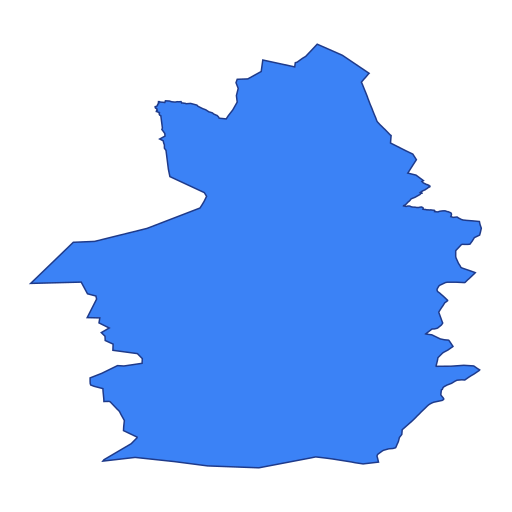 outline of Grane nor, Nordland, Norway
{"feature_id": "86288312B42207661783439", "entity_name": "Grane nor", "entity_type": "district", "adm_level": 2, "iso_a3": "NOR", "parent_name": "Norway", "parent_adm1": "Nordland", "projection": "natural_earth1", "projection_center": [13.588, 65.442], "detail": "fine", "context": "isolated", "style": "filled", "palette": "blue", "viewbox_px": 512, "rotation_deg": 0, "n_neighbors": 0, "source": "geoboundaries", "source_scale": "gbopen_adm2", "svg_char_len": 5982}
<svg xmlns="http://www.w3.org/2000/svg" viewBox="0 0 512 512"><path d="M102.9,461.1L135.1,457.4L174.5,461.6L207.6,465.9L258.9,467.8L311.3,457.8L315.7,456.9L326.0,458.1L332.7,459.0L351.6,462.0L355.0,462.7L363.1,463.9L378.5,462.1L377.4,457.5L377.0,456.2L377.2,455.2L378.0,454.1L380.6,452.2L382.7,450.7L383.8,450.2L388.8,448.8L392.9,448.5L395.4,447.8L395.7,447.6L396.3,446.3L397.2,444.1L397.9,442.7L398.5,441.1L399.4,437.5L401.8,434.4L402.2,429.7L412.2,420.9L415.8,417.4L416.9,416.2L419.3,413.9L421.2,411.9L425.4,407.9L427.3,406.0L428.7,404.8L429.6,404.2L431.4,403.2L433.0,402.5L433.8,402.2L442.2,400.4L443.3,399.7L443.8,399.0L443.2,397.9L441.4,395.7L440.8,394.7L441.2,391.3L441.5,389.7L442.3,389.4L443.1,387.5L444.6,386.3L445.2,386.1L446.9,385.1L451.6,383.3L454.8,381.3L456.6,380.4L457.1,380.2L461.8,379.8L464.8,380.0L468.5,377.4L471.1,375.7L473.9,374.1L479.2,370.5L479.5,370.2L479.7,369.9L477.4,368.5L474.0,366.1L473.3,365.9L463.8,365.3L451.1,366.2L436.2,366.3L436.1,366.0L436.3,365.0L437.5,360.2L437.9,357.8L438.1,357.5L442.6,353.0L444.0,352.1L448.0,350.0L451.5,347.5L452.6,346.8L453.0,346.4L451.9,344.8L450.1,342.1L448.9,340.4L448.3,340.1L444.6,339.8L440.2,338.9L431.8,334.8L426.2,334.1L425.7,333.9L429.3,331.1L430.5,330.2L431.7,329.2L432.4,329.0L434.6,328.9L437.0,328.3L437.7,328.0L441.4,325.0L442.6,323.3L442.7,322.9L442.4,322.4L441.7,320.4L441.3,319.3L438.8,312.4L438.8,312.0L441.1,308.3L443.0,305.6L444.8,302.7L445.5,302.3L447.6,300.7L447.6,300.3L443.2,296.1L440.6,293.9L440.0,293.3L437.7,291.6L437.3,290.9L437.0,290.0L437.1,289.3L437.4,288.5L438.8,286.1L439.7,285.3L445.6,282.5L447.4,282.2L456.2,282.2L464.5,282.6L465.1,282.4L467.8,279.7L468.9,278.8L475.3,272.7L474.7,272.4L462.3,268.1L460.9,267.4L460.2,266.0L458.4,263.2L456.3,258.5L456.0,257.8L455.7,256.4L455.7,250.7L456.5,249.8L461.4,244.6L462.4,244.3L464.8,244.4L467.7,244.4L469.7,244.2L470.1,244.0L470.3,243.8L470.7,243.1L472.2,241.1L474.3,237.7L474.8,237.4L479.6,235.1L480.4,232.3L481.3,228.2L480.0,224.4L479.4,221.5L472.0,220.8L466.7,220.4L463.0,220.0L460.7,219.2L459.8,218.6L458.8,218.2L457.1,217.0L453.1,217.4L452.2,217.1L451.4,216.7L450.8,216.6L451.0,216.1L451.4,215.0L451.5,214.4L451.4,213.8L451.2,213.3L450.8,212.8L448.2,211.7L447.2,211.6L445.4,210.9L444.4,210.8L442.3,210.9L440.2,211.2L439.2,211.4L438.4,211.8L437.4,211.9L435.3,211.7L434.6,211.6L434.9,211.0L434.5,210.5L434.1,210.2L433.0,210.2L431.0,209.9L430.2,209.9L429.9,210.0L427.6,209.8L427.0,209.9L426.4,209.7L426.0,209.7L425.2,209.4L424.4,209.5L423.0,209.2L423.3,208.7L423.1,208.4L423.1,207.9L422.8,207.6L421.9,207.2L421.7,207.0L420.3,207.1L418.6,207.5L416.6,207.5L415.4,207.2L412.8,207.1L411.0,206.7L410.1,206.2L409.2,206.0L408.5,206.0L407.8,206.1L407.3,206.1L406.7,206.4L405.7,206.4L404.8,206.1L403.9,206.0L403.5,205.9L403.6,205.6L404.2,205.4L405.4,204.8L406.7,203.5L408.0,202.1L408.9,201.4L409.9,200.5L410.8,199.2L411.4,198.8L411.7,198.6L415.0,197.3L419.8,194.6L420.2,194.3L420.3,193.8L420.5,193.6L422.0,193.2L421.9,192.9L421.0,192.7L420.4,192.4L421.2,192.0L421.3,191.8L421.4,191.6L421.8,191.3L422.3,191.2L422.8,190.8L424.6,190.0L425.0,189.9L425.6,189.4L427.4,188.3L427.9,187.8L428.4,187.5L428.8,187.4L429.1,187.1L429.4,187.0L429.5,186.7L429.9,186.6L429.8,186.4L429.5,186.2L429.6,185.9L428.9,185.8L428.9,185.7L429.0,185.5L428.7,185.1L427.8,185.0L427.4,184.6L426.6,184.6L426.1,184.2L425.5,184.1L425.3,183.8L425.0,183.7L423.3,182.9L421.9,181.5L423.4,180.6L416.0,175.1L407.8,173.1L412.9,165.1L416.4,159.7L412.8,154.1L405.7,150.7L390.5,143.0L391.1,135.5L390.1,134.8L384.8,129.3L383.9,128.5L381.6,126.2L379.9,124.6L379.2,123.8L377.5,122.0L376.9,121.1L375.7,117.8L374.2,114.3L373.0,111.3L372.6,110.4L372.5,109.9L371.6,107.7L370.1,104.2L368.3,99.4L367.8,98.2L367.5,97.1L365.8,92.8L364.0,88.4L362.2,83.9L361.4,82.2L361.6,81.9L364.4,78.6L365.3,77.7L368.2,74.2L369.1,73.3L342.4,55.3L317.2,44.2L305.7,56.4L302.5,58.3L297.1,62.2L295.3,62.7L294.7,66.9L262.8,60.0L261.2,71.5L247.8,78.9L237.2,79.3L236.0,82.7L238.2,88.4L236.4,95.6L237.2,102.1L232.8,109.9L228.3,115.7L226.2,118.9L219.2,118.2L218.5,116.9L217.0,115.4L215.8,115.0L214.4,114.3L213.6,114.0L212.8,113.2L212.2,112.8L209.9,112.1L209.0,111.9L206.2,110.1L206.0,109.9L204.5,109.3L202.8,108.7L198.0,106.3L196.9,105.1L190.6,103.4L186.6,103.7L186.0,103.7L184.9,103.2L183.9,103.3L183.2,103.0L181.6,103.0L181.5,102.4L181.0,101.6L178.8,101.8L177.2,101.7L175.1,102.1L172.1,101.8L170.7,101.5L169.8,101.1L168.9,101.0L165.4,100.8L165.2,101.3L165.2,101.6L164.8,102.5L164.5,102.5L163.4,102.3L160.7,102.1L160.0,102.0L159.9,101.9L159.7,101.7L159.4,101.6L158.5,101.6L158.5,101.8L158.7,102.2L158.7,102.4L158.4,102.6L158.4,102.8L158.5,102.8L158.7,103.3L158.2,103.9L158.0,104.0L157.6,104.4L157.6,104.5L157.6,104.8L157.6,105.1L157.2,105.7L157.2,105.8L156.0,106.5L155.3,106.6L155.3,106.8L155.1,107.0L155.4,107.4L155.4,107.9L155.5,108.1L155.9,108.3L156.4,108.4L156.6,108.8L157.0,109.0L157.1,109.9L156.9,110.0L156.9,110.3L156.7,110.4L156.7,110.6L156.6,110.8L157.1,110.9L157.0,111.1L156.7,111.2L156.3,111.4L156.3,111.5L157.2,111.7L158.6,112.4L158.9,112.4L158.9,112.7L159.3,112.9L159.2,113.0L159.3,113.3L159.3,114.5L159.6,115.0L159.8,115.2L160.8,115.7L162.4,127.9L161.9,129.6L162.1,129.7L164.8,133.5L165.0,136.1L159.7,139.0L163.2,140.8L163.7,143.1L164.4,144.9L164.4,148.2L166.0,150.4L168.4,169.3L169.9,176.6L204.3,192.6L206.6,196.3L204.1,201.4L202.0,204.9L200.0,208.0L147.0,228.4L94.6,241.4L73.3,242.3L30.7,283.4L81.2,282.1L87.5,293.8L95.9,296.0L96.6,299.1L87.2,317.6L99.8,317.9L99.0,322.9L109.2,328.0L101.3,332.6L105.0,336.2L105.2,340.5L113.1,344.1L112.9,350.3L137.4,353.6L142.3,358.6L142.1,363.3L123.9,366.0L117.5,365.6L101.8,373.3L90.1,377.9L90.1,381.3L90.2,383.0L90.2,383.5L90.7,385.0L94.1,386.3L102.9,388.6L103.1,391.8L103.8,399.0L103.9,400.8L103.9,401.5L109.0,401.4L110.2,401.8L116.1,408.0L117.2,409.2L118.3,410.2L119.5,411.5L121.0,414.5L124.3,420.4L124.4,420.9L124.3,421.1L123.7,426.7L123.5,430.6L137.1,437.1L137.1,437.7L131.2,443.7L104.5,459.4L103.9,459.8L102.9,461.1Z" fill="#3b82f6" stroke="#1e3a8a" stroke-width="1.5"/></svg>